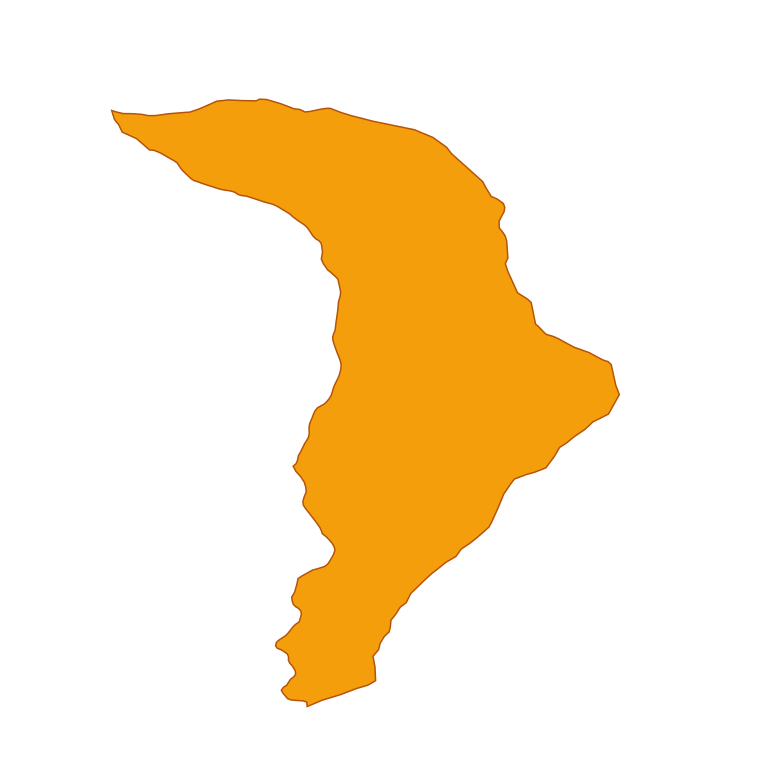 Mendrelgang, Chirang, Bhutan, rotated 262°
{"feature_id": "84629894B69504897318329", "entity_name": "Mendrelgang", "entity_type": "district", "adm_level": 2, "iso_a3": "BTN", "parent_name": "Bhutan", "parent_adm1": "Chirang", "projection": "equal_earth", "projection_center": [90.11, 26.956], "detail": "fine", "context": "isolated", "style": "filled", "palette": "amber", "viewbox_px": 768, "rotation_deg": 262, "n_neighbors": 0, "source": "geoboundaries", "source_scale": "gbopen_adm2", "svg_char_len": 3922}
<svg xmlns="http://www.w3.org/2000/svg" viewBox="0 0 768 768"><g transform="rotate(262 384 384)"><path d="M340.8,615.6L350.0,613.4L371.6,611.7L375.0,609.0L377.1,604.5L380.9,599.1L386.5,591.6L394.0,577.2L401.2,567.5L404.6,563.0L407.6,558.1L410.6,551.5L414.0,548.8L419.5,544.9L422.2,542.4L444.2,541.1L447.8,538.2L455.8,528.9L470.8,524.5L478.6,522.2L486.3,520.9L491.6,524.2L501.4,524.9L508.7,525.4L514.1,524.5L518.9,522.1L522.3,519.9L529.1,520.6L535.5,525.1L537.9,526.9L542.1,528.2L546.2,527.3L551.5,521.7L554.8,516.3L563.5,512.5L570.8,509.8L584.7,498.1L602.8,482.8L609.6,479.0L621.2,466.9L623.8,462.7L628.9,453.9L631.3,450.1L645.8,409.5L654.2,389.1L658.6,379.7L662.7,372.2L664.4,369.3L664.9,366.0L665.0,360.3L664.2,349.0L664.4,343.6L667.6,338.9L669.0,333.3L675.8,321.0L682.0,307.5L683.4,300.5L682.2,296.7L684.5,282.3L687.0,269.2L687.3,257.5L685.3,250.7L682.1,239.2L680.3,229.7L680.9,220.6L681.6,208.3L681.6,195.2L682.6,187.8L684.7,181.7L686.6,173.1L688.1,163.4L690.5,157.1L692.7,152.4L684.1,153.8L681.2,155.1L677.9,157.3L669.9,159.8L661.4,173.1L648.4,184.4L647.5,188.5L645.6,192.0L643.6,195.2L641.3,198.2L639.0,201.1L636.7,204.0L634.4,207.1L632.0,209.7L628.9,211.3L625.7,212.8L622.8,214.7L620.0,216.9L617.1,219.2L614.3,221.4L611.9,224.1L610.2,227.7L608.4,231.0L606.6,234.5L604.9,238.0L603.3,241.5L601.5,245.0L599.9,248.5L598.5,252.1L597.4,256.0L596.2,259.8L594.5,263.2L591.9,265.9L590.4,269.4L589.4,273.3L587.8,276.9L586.1,280.4L584.4,283.8L582.6,287.3L580.9,290.7L579.4,294.3L577.9,298.0L576.0,301.3L573.8,304.3L571.4,307.1L568.9,310.3L565.3,314.5L562.2,317.1L559.6,319.7L557.1,322.3L554.6,325.2L552.1,327.8L549.3,329.9L546.2,331.5L543.0,333.0L539.9,334.6L537.1,336.8L534.8,339.7L531.9,341.4L528.5,341.5L523.3,341.5L516.4,339.3L511.5,340.7L504.8,344.1L502.4,346.4L499.7,348.7L496.9,351.1L494.0,353.0L481.7,353.9L478.4,353.2L475.2,352.0L472.1,350.5L462.5,348.2L451.4,345.0L447.7,344.0L443.9,343.1L441.0,341.2L437.8,339.8L434.5,339.5L431.1,340.0L427.8,340.6L424.5,341.3L421.2,342.0L417.8,342.9L414.6,343.6L411.2,344.2L407.9,344.1L404.6,343.2L401.4,342.0L398.2,340.5L395.2,338.6L392.3,336.6L389.4,334.6L386.3,333.0L383.1,331.6L380.0,330.0L377.2,327.8L374.7,325.1L372.5,322.1L371.1,318.4L369.7,314.8L367.2,312.1L364.3,310.2L361.2,308.5L358.2,306.7L355.1,304.9L351.9,303.8L348.5,303.4L345.1,303.0L342.0,301.9L339.1,299.8L336.4,297.4L333.5,295.4L330.5,293.4L327.6,291.4L324.9,289.2L320.4,287.7L317.3,285.8L315.2,282.6L309.8,284.6L303.8,288.6L297.8,291.4L292.2,292.2L287.6,291.9L285.1,290.2L282.0,288.6L278.8,287.3L275.5,287.2L272.3,288.6L269.3,290.3L266.3,292.1L263.2,293.8L260.2,295.5L257.1,297.3L254.0,298.9L250.9,300.5L247.7,301.5L244.3,302.1L240.7,305.6L237.2,308.1L233.3,310.6L229.3,312.1L226.0,312.2L222.2,310.3L219.0,307.8L216.2,305.6L213.5,303.2L211.6,299.9L210.9,295.9L210.2,291.6L209.7,287.3L205.3,276.0L203.3,271.8L198.0,269.9L190.4,266.6L185.8,263.0L182.1,262.9L178.7,263.4L175.9,265.4L173.5,268.3L170.6,270.2L167.3,270.0L163.2,268.3L160.1,266.8L158.5,263.3L156.3,260.2L153.2,257.0L150.1,253.7L148.3,251.2L145.2,244.6L143.2,241.5L139.8,240.2L137.1,241.6L135.2,245.1L132.7,247.9L130.2,250.7L127.1,251.5L123.7,250.9L120.5,251.9L117.6,254.0L112.3,256.2L109.0,256.1L106.4,253.8L104.6,250.3L102.0,248.0L99.3,245.8L97.7,242.3L95.1,239.7L91.9,240.9L88.9,242.8L85.9,244.7L84.1,247.9L83.1,251.9L82.3,255.8L81.5,259.7L79.8,263.2L75.3,263.0L79.5,278.9L82.4,297.4L86.3,314.5L88.0,326.1L91.4,334.4L105.2,335.7L115.9,335.2L121.6,341.6L127.9,344.2L133.9,349.1L137.9,354.7L142.6,356.5L149.1,358.0L154.4,363.6L160.9,369.2L164.4,375.6L172.8,381.3L184.0,396.7L189.5,404.7L193.6,411.8L198.9,420.7L203.2,431.2L209.8,437.5L214.7,447.6L218.5,454.0L223.8,462.2L227.8,468.1L233.1,471.9L245.7,479.9L258.5,487.4L267.5,495.6L271.7,499.9L274.5,512.2L275.7,521.1L278.5,532.7L288.2,542.3L296.8,549.1L300.2,556.6L305.3,564.9L311.0,576.5L313.8,580.6L317.3,585.4L323.0,602.1L340.8,615.6Z" fill="#f59e0b" stroke="#b45309" stroke-width="1.5"/></g></svg>